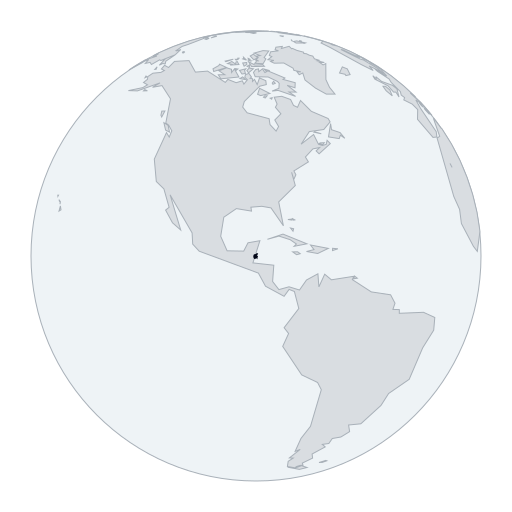 Belize highlighted on a globe, orthographic projection
{"feature_id": "BLZ-1323", "entity_name": "Belize", "entity_type": "District", "adm_level": 1, "iso_a3": "BLZ", "parent_name": "Belize", "parent_adm1": "", "projection": "orthographic", "projection_center": [-88.107, 17.657], "detail": "fine", "context": "on_globe", "style": "filled", "palette": "ink", "viewbox_px": 512, "rotation_deg": 0, "n_neighbors": 0, "source": "natural_earth", "source_scale": "10m", "svg_char_len": 9661}
<svg xmlns="http://www.w3.org/2000/svg" viewBox="0 0 512 512"><circle cx="256" cy="256" r="225" fill="#eef3f6" stroke="#a8b0b8"/><path d="M294.4,291.5L289.1,289.4L284.1,296.3L265.5,286.2L258.4,273.1L199.2,251.2L192.7,244.1L192.1,232.9L170.1,194.8L180.7,230.0L172.5,222.8L165.6,210.1L169.1,207.3L163.9,188.9L156.3,181.5L154.3,159.1L166.5,132.6L169.2,137.1L171.8,130.8L168.6,125.1L165.8,123.0L170.5,98.8L162.0,85.6L152.5,87.3L160.0,82.9L137.4,90.9L128.4,90.6L142.8,87.6L147.5,84.8L143.5,82.5L147.5,79.3L147.8,76.6L152.9,73.2L160.9,72.4L164.4,70.5L161.4,69.0L164.6,65.3L168.5,67.5L174.5,61.4L189.0,60.6L195.4,72.1L207.6,71.1L225.3,82.4L227.9,79.4L236.2,82.7L242.3,80.8L243.9,84.1L247.4,79.8L244.8,77.2L245.5,74.6L248.9,73.4L251.5,77.1L250.1,78.3L252.6,78.8L252.5,81.4L254.5,79.4L257.2,84.6L259.5,77.9L265.8,80.7L266.3,84.6L259.7,86.2L244.3,101.5L242.7,107.1L247.1,112.8L269.1,118.7L270.0,124.6L276.1,131.1L278.6,126.5L274.8,120.0L280.9,113.8L275.4,107.3L277.1,104.1L274.2,97.2L281.7,96.3L290.6,99.5L293.5,105.4L297.5,107.3L300.5,100.5L311.3,111.3L328.1,118.5L330.1,121.9L323.8,129.5L309.3,131.6L301.1,144.2L313.6,134.5L318.5,144.3L322.3,145.5L326.2,144.4L327.1,140.3L330.3,143.6L319.1,153.8L316.1,150.9L319.7,147.5L312.9,148.9L305.4,157.0L308.4,161.9L293.9,170.9L295.9,174.8L293.8,179.4L291.6,172.3L295.3,185.5L278.7,201.9L283.4,225.8L271.0,207.9L261.8,206.3L250.9,207.2L251.5,211.1L236.4,208.6L223.8,217.2L220.7,236.3L227.1,250.8L243.7,251.1L248.0,242.8L259.9,240.7L252.9,262.9L273.8,265.2L272.6,281.5L278.9,289.6L289.0,286.8L299.5,290.0L306.5,280.0L317.9,273.8L318.9,286.9L324.7,274.2L331.4,279.8L353.8,276.3L352.3,279.6L371.3,291.9L390.6,294.8L395.0,303.2L392.9,309.4L399.3,309.6L399.3,313.3L423.5,312.3L434.8,317.5L433.7,330.2L422.7,347.8L409.2,379.3L388.6,393.5L381.0,405.4L360.8,423.8L348.6,425.0L349.6,431.6L340.9,437.0L332.3,438.5L328.8,443.5L322.3,444.4L325.2,446.9L312.1,454.0L312.6,458.1L302.3,463.1L303.0,465.2L300.1,465.4L296.3,466.6L295.1,467.8L287.4,466.5L288.2,461.3L293.2,458.1L289.4,457.9L300.2,449.4L295.1,451.4L301.0,438.4L310.5,426.3L321.3,389.7L317.6,382.5L301.7,374.9L282.7,346.4L288.6,333.5L284.1,327.7L298.8,308.5L294.4,291.5ZM59.0,211.1L60.4,205.9L61.0,209.8L59.0,211.1ZM60.3,202.4L60.0,204.2L60.1,202.6L60.3,202.4ZM59.8,201.0L60.2,202.0L59.5,201.3L59.8,201.0ZM58.8,199.7L59.4,200.2L59.2,200.3L58.8,199.7ZM283.0,234.1L306.9,243.8L294.1,246.3L296.4,244.0L290.2,239.7L278.9,236.1L267.4,239.3L283.0,234.1ZM57.9,196.3L57.8,195.2L58.5,195.2L57.9,196.3ZM292.0,220.1L287.9,219.5L291.8,219.1L292.0,220.1ZM163.9,122.7L168.1,125.4L169.5,132.1L165.6,130.1L163.9,122.7ZM161.8,111.1L164.9,111.0L161.7,117.0L160.9,115.2L161.8,111.1ZM144.8,89.6L147.4,90.8L143.5,90.9L144.8,89.6ZM147.0,76.8L145.0,77.7L146.0,76.0L147.0,76.8ZM270.2,98.2L272.2,97.7L271.7,99.2L270.2,98.2ZM267.1,95.8L265.2,98.0L263.5,97.2L264.7,95.9L267.1,95.8ZM154.8,69.4L157.1,66.8L156.1,69.3L154.8,69.4ZM269.9,93.5L260.6,95.6L257.6,94.3L259.6,88.3L269.9,93.5ZM159.3,65.2L164.8,59.4L160.8,60.5L175.2,54.8L165.8,61.2L165.2,63.9L162.8,63.5L159.3,65.2ZM242.6,76.9L245.5,79.6L239.9,78.6L242.6,76.9ZM238.9,77.0L220.9,78.8L218.3,74.8L224.8,74.7L219.0,70.8L226.6,67.8L231.5,69.3L231.6,72.5L234.4,69.0L238.9,77.0ZM182.3,52.9L184.8,51.7L183.7,52.9L182.3,52.9ZM245.4,73.5L242.0,74.0L239.5,70.4L245.8,68.8L244.6,70.4L245.4,73.5ZM213.7,71.5L213.0,68.8L218.9,65.5L219.5,64.2L226.5,67.5L213.7,71.5ZM246.9,70.6L249.1,68.1L253.4,68.8L248.5,72.8L246.9,70.6ZM236.2,70.3L235.3,68.6L237.9,69.0L236.2,70.3ZM269.7,70.6L265.7,70.9L264.0,69.0L269.7,70.6ZM249.7,67.1L248.2,66.9L247.1,66.3L249.4,64.9L249.7,67.1ZM230.2,65.1L232.8,64.5L227.6,63.6L231.8,61.5L235.8,64.2L235.9,62.1L237.2,61.5L238.9,64.5L230.2,65.1ZM248.5,61.7L254.9,65.0L262.8,64.7L264.4,66.3L251.6,66.6L248.5,61.7ZM242.7,63.0L246.7,62.5L246.8,64.5L244.1,66.2L242.7,63.0ZM233.3,59.2L225.8,61.7L225.2,61.1L233.3,59.2ZM250.7,61.1L249.1,60.4L251.3,60.9L250.7,61.1ZM238.6,59.2L236.1,60.1L235.4,59.3L238.6,59.2ZM248.1,58.3L250.1,59.3L248.4,60.3L248.1,58.3ZM243.7,58.4L243.5,57.2L246.5,60.1L242.7,58.9L243.7,58.4ZM238.5,58.4L237.3,58.2L239.6,58.1L238.5,58.4ZM253.4,54.2L257.7,57.7L253.8,59.8L250.2,56.0L253.4,54.2ZM299.4,469.4L287.6,467.2L294.6,468.2L301.6,465.7L307.0,467.5L299.4,469.4ZM319.0,462.5L325.8,460.4L326.8,460.8L322.3,462.4L319.0,462.5ZM415.5,96.9L410.2,93.0L415.0,97.5L420.3,101.9L421.4,103.0L421.6,103.3L428.1,110.7L423.7,105.6L415.8,99.9L420.5,108.3L436.2,131.6L436.9,137.0L433.0,137.4L417.5,119.3L417.7,109.6L412.2,104.1L403.8,99.9L404.6,97.6L401.2,95.0L400.4,91.7L391.1,82.3L389.1,79.0L377.5,71.4L374.9,69.0L382.5,73.9L386.7,76.0L380.8,69.3L377.3,66.8L370.2,62.7L369.5,61.8L363.4,58.8L356.1,54.4L359.9,57.6L351.7,54.0L342.9,49.8L340.9,49.5L355.2,56.6L360.2,59.0L363.5,60.0L377.9,68.6L381.7,71.9L369.2,66.0L373.2,70.5L361.7,64.8L330.2,47.5L321.1,43.0L323.0,41.2L329.7,43.4L332.4,44.9L337.2,46.0L333.3,44.6L332.7,44.2L324.7,41.6L323.8,41.2L317.6,39.6L315.7,38.9L319.7,39.9L306.2,36.4L303.7,35.8L319.3,39.8L334.6,44.9L349.6,51.1L364.0,58.3L377.9,66.5L391.2,75.8L403.7,85.9L415.5,96.9ZM296.7,34.4L296.4,34.4L295.7,34.3L296.7,34.4ZM287.7,33.0L287.2,32.9L280.6,32.2L278.5,31.9L280.6,32.1L287.7,33.0ZM279.1,31.9L275.7,31.6L279.1,31.9ZM275.4,31.6L273.0,31.4L270.5,31.2L275.4,31.6ZM268.7,31.1L245.6,32.0L235.2,32.4L237.5,31.7L219.4,34.3L208.9,35.9L210.5,35.8L202.9,37.9L206.0,37.4L206.2,37.5L188.0,44.5L182.1,46.4L176.0,50.7L176.8,50.9L180.8,49.5L175.2,54.8L160.8,60.5L159.7,59.8L151.4,64.5L150.1,62.4L145.3,63.4L148.7,59.5L144.5,61.2L141.7,63.0L134.0,67.2L129.0,69.9L134.9,66.0L145.0,60.0L156.9,56.1L153.1,56.6L157.6,54.4L158.5,53.6L155.5,54.6L152.9,55.9L158.7,52.8L173.5,46.4L188.8,41.0L204.4,36.7L220.3,33.6L236.4,31.6L252.5,30.7L268.7,31.1ZM479.8,230.2L479.9,231.6L477.3,251.4L473.4,246.3L461.4,223.5L459.6,209.4L453.8,196.5L437.1,138.1L439.7,136.3L433.5,118.6L433.8,118.4L441.2,128.3L441.9,128.7L451.6,144.2L460.0,160.4L467.0,177.2L472.7,194.5L477.0,212.2L479.8,230.2ZM450.0,163.4L452.1,167.4L450.0,163.4ZM354.5,276.0L357.3,278.2L353.8,278.8L354.5,276.0ZM292.7,251.9L297.6,251.8L300.2,253.7L296.6,254.7L292.7,251.9ZM332.6,248.3L337.9,248.8L332.5,250.6L332.6,248.3ZM310.5,245.0L328.3,248.4L317.7,253.5L306.5,251.5L314.0,249.6L310.5,245.0ZM290.5,228.0L293.6,228.7L293.0,231.2L290.5,228.0ZM294.8,219.9L293.7,220.2L291.9,218.3L294.8,219.9ZM319.1,143.6L320.1,142.9L324.3,142.7L322.8,144.6L319.1,143.6ZM340.1,132.6L344.8,138.3L340.4,135.2L339.2,138.6L328.5,136.9L330.6,123.6L331.5,129.7L340.1,132.6ZM314.8,131.8L321.3,133.8L314.1,132.2L314.8,131.8ZM383.0,86.3L385.5,86.3L389.8,89.9L392.3,95.9L386.1,90.7L383.0,86.3ZM388.0,85.8L374.9,79.2L372.8,75.7L376.2,78.7L376.2,77.0L381.6,81.4L392.4,85.3L396.9,88.8L399.0,97.0L395.9,92.1L393.6,92.1L388.0,85.8ZM345.1,74.3L339.5,73.0L342.3,66.9L347.3,68.9L350.1,74.6L345.9,75.6L345.1,74.3ZM275.3,83.3L272.9,84.3L272.2,83.1L273.6,81.3L275.3,83.3ZM267.9,70.9L284.9,78.0L283.0,79.4L295.2,82.7L295.0,87.8L287.2,85.3L296.1,92.1L289.0,92.0L295.6,96.4L278.1,90.4L272.1,91.1L278.9,88.3L279.2,83.4L277.5,81.5L268.2,77.0L255.2,76.7L253.5,72.4L255.7,69.5L258.5,68.9L258.8,71.7L262.4,68.9L264.9,72.6L267.9,70.9ZM282.3,46.4L281.4,48.5L289.1,46.3L291.7,48.8L292.4,48.4L296.9,50.4L303.6,52.2L303.8,53.5L306.3,53.7L309.3,55.2L312.8,56.1L314.4,58.8L318.9,60.2L317.1,60.8L324.3,62.5L319.7,62.5L323.1,64.9L325.8,63.6L325.9,79.6L329.5,87.3L335.0,94.1L326.3,94.1L315.5,88.1L305.0,80.0L302.8,73.0L299.2,74.7L297.1,71.9L300.8,71.8L293.9,70.4L293.1,68.2L283.8,63.0L274.2,63.2L270.6,61.5L273.9,60.4L267.9,59.7L271.8,56.6L269.3,55.5L270.6,51.8L278.5,50.8L275.1,49.7L275.9,47.2L282.3,46.4ZM254.1,53.1L263.0,50.6L268.8,51.0L264.1,57.5L265.9,58.9L263.1,63.7L254.7,63.3L256.3,61.8L255.9,60.4L258.7,61.1L256.1,59.5L258.2,57.6L256.8,56.0L260.1,55.6L254.1,53.1ZM430.1,113.5L429.7,112.7L428.0,110.5L432.0,115.4L430.1,113.5ZM425.1,109.7L424.1,108.0L429.0,113.2L429.5,114.4L425.1,109.7ZM419.3,103.1L423.7,107.5L421.6,105.8L419.3,103.1ZM381.1,72.5L379.5,70.9L381.0,71.6L383.8,73.6L381.1,72.5ZM305.6,42.9L304.2,43.4L302.7,43.0L296.0,43.0L293.6,41.5L296.6,40.9L305.6,42.9ZM301.8,41.2L299.4,41.3L299.7,40.6L301.8,41.2ZM291.5,40.4L291.1,39.5L292.5,41.3L291.5,40.4ZM277.6,32.6L289.6,33.9L296.6,34.8L298.0,34.7L301.1,35.8L290.3,34.4L277.6,32.6ZM249.8,31.9L248.6,32.6L245.7,32.5L245.6,32.3L249.8,31.9ZM251.5,32.2L256.5,32.9L253.6,33.5L250.2,32.7L251.5,32.2ZM279.6,35.7L283.3,36.1L283.0,36.6L279.6,35.7ZM183.1,51.7L184.6,51.7L182.1,52.5L183.1,51.7ZM208.1,37.2L207.9,37.6L204.9,38.3L208.1,37.2ZM205.7,39.3L209.2,38.3L206.4,39.5L205.7,39.3ZM216.9,36.2L211.0,37.9L215.4,36.1L216.9,36.2Z" fill="#d9dde1" stroke="#a8b0b8" stroke-width="1"/><path d="M255.8,254.8L255.6,255.1L255.6,255.5L255.5,255.9L255.4,256.1L255.3,256.3L255.5,256.4L255.5,256.5L255.8,256.6L255.7,256.6L255.3,257.2L255.3,257.6L255.3,257.9L255.3,258.0L255.2,258.1L254.1,258.2L254.3,258.1L254.3,257.9L254.3,257.7L254.2,256.7L254.1,256.8L254.0,256.2L254.1,255.9L254.3,255.9L254.3,255.7L254.3,255.4L254.3,255.2L254.5,255.0L255.3,254.8L255.8,254.8ZM256.7,254.5L256.6,254.9L256.5,255.0L256.4,255.0L256.6,254.9L256.6,254.7L256.6,254.4L256.8,254.0L257.0,254.0L256.9,254.2L256.8,254.4L256.8,254.5L256.7,254.5L256.7,254.5ZM257.0,256.4L257.1,256.5L257.1,256.8L257.0,257.0L256.9,256.9L256.9,257.0L256.7,257.3L256.7,257.5L256.6,257.4L256.7,257.2L256.7,256.9L256.8,256.9L256.9,256.7L257.0,256.7L257.0,256.8L257.1,256.7L257.0,256.4ZM255.8,255.9L256.1,255.7L256.1,255.8L255.9,255.9L255.8,256.0L255.8,255.9L255.8,255.9ZM257.0,257.1L257.2,257.3L257.1,257.2L257.0,257.1ZM256.0,256.5L256.1,256.8L256.1,256.7L256.0,256.5ZM256.1,256.1L256.2,256.4L256.1,256.1ZM256.9,253.8L256.8,254.0L256.8,253.9L256.9,253.8ZM256.6,254.2L256.6,254.3L256.6,254.2L256.6,254.2Z" fill="#0f172a" stroke="#020617" stroke-width="1.5"/></svg>